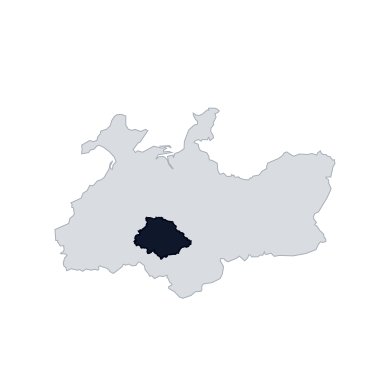 Poltava on a map of Ukraine (Albers equal-area conic projection), rotated 161°
{"feature_id": "UKR-330", "entity_name": "Poltava", "entity_type": "Region", "adm_level": 1, "iso_a3": "UKR", "parent_name": "Ukraine", "parent_adm1": "", "projection": "albers", "projection_center": [33.89, 49.646], "detail": "fine", "context": "in_parent", "style": "filled", "palette": "ink", "viewbox_px": 384, "rotation_deg": 161, "n_neighbors": 0, "source": "natural_earth", "source_scale": "10m", "svg_char_len": 8637}
<svg xmlns="http://www.w3.org/2000/svg" viewBox="0 0 384 384"><g transform="rotate(161 192 192)"><path d="M257.1,257.2L261.3,263.4L264.7,266.5L266.5,266.6L271.2,264.3L274.3,264.9L277.0,262.9L284.0,264.1L282.0,268.1L281.1,272.2L272.1,274.0L268.7,271.7L265.1,271.8L263.2,274.8L259.7,276.9L258.5,279.2L252.1,279.2L247.8,281.3L244.5,285.8L240.9,288.6L238.0,289.5L233.5,288.4L229.9,285.4L232.8,276.8L231.8,272.1L229.0,269.9L225.4,269.7L220.8,265.9L215.5,266.3L213.8,264.4L224.8,256.1L227.2,255.8L233.8,251.4L232.6,247.7L229.8,248.6L225.9,245.7L213.5,247.8L206.1,243.3L202.7,242.7L201.8,241.6L205.4,240.7L205.8,239.1L200.8,238.0L198.2,235.9L211.8,238.2L215.5,234.8L211.7,236.0L207.9,235.1L206.5,233.9L204.9,230.4L204.9,225.6L203.4,221.2L202.1,219.8L204.5,226.9L203.6,233.7L197.9,233.2L198.5,230.4L195.7,234.0L191.2,233.9L185.4,235.5L182.7,242.4L174.8,251.8L167.8,254.7L165.5,254.1L164.5,254.8L163.9,257.8L165.0,259.3L165.7,264.1L165.2,266.2L163.0,263.3L160.2,262.0L157.1,262.2L151.2,264.6L149.3,264.0L149.4,265.4L148.8,265.8L143.6,264.0L141.4,262.5L139.8,259.8L141.5,258.8L144.8,258.5L144.9,254.9L149.3,250.7L149.6,248.6L153.4,246.1L154.6,243.0L153.6,238.4L154.2,236.1L158.2,234.7L158.3,238.3L159.1,238.0L160.1,236.3L165.2,238.2L166.9,237.1L168.9,239.6L173.0,239.2L174.0,238.1L170.6,235.1L171.2,230.6L170.2,228.0L165.3,224.4L164.5,220.3L165.2,216.8L162.7,215.3L158.8,211.1L160.5,204.2L160.4,201.5L159.4,199.4L156.0,199.6L153.9,195.3L150.0,194.2L148.7,195.6L148.2,194.2L146.8,194.2L147.1,192.5L146.2,191.8L142.9,191.1L142.2,189.5L138.9,186.9L134.6,185.0L132.1,186.3L131.1,185.8L129.2,187.1L123.0,186.2L119.0,188.9L113.8,189.8L113.1,192.0L110.9,194.7L99.3,195.5L94.2,197.1L92.5,198.8L89.4,199.1L84.9,193.3L83.4,192.7L78.3,193.0L70.3,189.8L66.0,189.3L62.0,186.3L60.3,188.1L57.2,189.1L57.2,187.1L56.1,184.9L53.1,183.9L52.4,182.0L49.8,180.3L48.8,176.4L46.9,176.2L47.7,172.2L50.6,169.8L55.9,161.0L60.6,162.5L60.8,161.5L58.9,159.0L59.8,156.1L59.4,150.0L60.5,148.5L66.7,142.1L78.9,132.0L83.0,131.7L85.2,129.0L85.6,126.9L84.3,122.6L86.5,121.4L86.4,120.7L84.9,118.9L83.7,114.1L81.2,109.2L81.8,107.2L81.0,104.0L81.4,101.8L84.2,101.5L86.5,103.1L89.4,101.5L93.6,97.1L104.4,96.8L117.2,98.7L129.7,103.5L135.2,104.4L137.2,108.4L141.9,108.7L143.1,109.5L143.1,111.8L145.7,109.2L148.0,110.2L150.7,109.3L156.9,111.3L157.5,113.5L158.8,114.1L160.7,111.6L164.7,109.8L168.1,116.0L171.3,114.9L180.6,114.3L182.8,116.4L183.1,118.2L186.3,119.8L187.7,117.7L186.5,111.7L187.3,109.5L190.1,104.5L193.7,101.0L202.7,99.8L210.9,101.4L213.4,99.9L214.7,96.0L215.8,95.2L221.3,96.6L226.5,94.5L235.3,94.5L238.1,96.8L241.0,103.4L245.3,108.3L245.1,109.9L241.1,110.8L241.1,111.6L242.4,113.9L242.8,118.5L243.5,119.1L242.6,121.2L246.9,121.6L250.3,123.2L255.7,122.3L257.2,125.8L259.6,126.2L259.6,128.5L261.7,133.9L261.0,136.8L261.3,138.5L264.2,142.6L265.5,143.2L268.9,140.9L272.4,141.5L275.5,144.5L278.5,144.4L280.5,146.1L282.6,144.0L292.8,140.6L295.5,143.4L295.9,145.3L297.6,147.8L303.2,152.1L304.8,151.6L305.2,149.4L306.4,148.7L309.5,150.7L312.7,150.8L317.1,153.6L321.1,152.6L323.4,155.2L325.9,155.4L331.2,158.8L336.0,158.3L335.9,161.9L337.1,163.3L337.1,166.2L334.0,171.1L330.8,172.7L332.1,174.9L336.0,176.2L336.3,176.9L332.9,177.5L331.6,179.3L330.9,183.0L334.1,183.9L335.3,188.3L334.8,189.8L336.6,190.5L333.8,201.1L318.8,202.4L316.1,206.8L311.7,208.4L310.4,209.7L309.3,215.6L310.7,216.7L309.5,219.2L309.9,221.2L298.7,222.3L295.5,226.3L290.6,227.5L286.5,231.6L284.7,230.5L282.5,230.6L277.9,233.3L273.6,233.2L270.3,234.4L263.2,240.5L260.0,245.7L256.8,247.3L261.2,243.0L261.4,240.8L260.3,239.1L257.6,243.4L253.9,245.3L254.1,250.3L257.1,257.2ZM208.0,245.9L198.1,243.1L197.3,240.3L199.4,242.8L208.0,245.9Z" fill="#d9dde1" stroke="#a8b0b8" stroke-width="1"/><path d="M219.4,143.1L220.8,142.4L221.0,142.3L221.6,142.2L221.8,142.1L222.1,141.6L222.2,141.4L222.6,141.1L222.9,141.1L223.0,140.9L223.1,140.6L223.3,140.4L223.5,140.3L223.9,140.1L224.1,139.9L224.7,138.7L225.3,139.1L226.8,139.2L227.0,139.1L227.1,138.9L227.4,138.7L227.8,138.6L228.2,138.6L228.5,138.8L229.0,139.1L233.8,140.1L235.0,140.6L235.4,140.5L235.8,140.4L236.5,140.3L236.9,140.2L236.3,139.7L236.4,139.4L237.2,139.1L237.7,138.9L238.0,139.0L238.4,139.5L238.9,139.9L240.1,140.4L240.3,140.4L240.3,140.1L240.4,139.9L240.6,139.8L241.0,139.9L241.2,139.7L241.2,139.4L241.6,139.3L241.9,139.1L242.2,139.0L242.4,139.0L242.5,138.9L242.6,138.7L243.2,138.9L243.3,139.0L243.2,139.6L243.2,140.8L243.3,141.0L243.4,141.3L243.7,141.8L244.3,142.4L245.0,143.0L245.2,143.5L245.1,144.0L245.0,144.3L245.1,145.0L245.1,145.3L245.3,145.5L245.5,145.5L245.6,145.3L245.8,145.2L246.0,145.3L246.2,145.8L246.4,146.0L246.5,146.3L247.1,146.8L247.2,147.0L247.3,147.1L247.3,147.3L247.3,147.5L247.2,147.7L247.0,147.9L246.7,147.9L246.6,148.0L246.5,148.4L246.5,148.5L246.8,148.9L246.8,149.0L246.8,149.3L247.2,149.0L247.8,148.9L249.3,149.1L249.9,149.1L250.0,149.0L250.1,148.9L250.2,148.4L250.3,148.3L250.4,148.2L250.5,148.2L250.9,148.5L251.0,148.5L251.3,148.4L251.7,148.1L252.1,148.0L253.6,148.3L253.8,148.6L253.8,150.0L253.7,150.5L252.9,151.4L252.6,151.9L252.9,152.6L253.0,153.3L253.1,153.5L253.4,153.9L253.5,154.0L253.9,154.2L254.1,154.4L254.4,154.5L254.6,154.6L255.3,154.6L255.5,154.7L255.8,155.1L256.8,155.6L257.1,155.6L257.4,155.4L257.5,155.4L257.8,155.5L258.1,155.7L258.2,155.9L258.3,156.3L258.2,157.0L258.2,157.3L258.4,157.8L258.4,158.0L258.5,158.2L258.9,158.4L258.9,158.5L259.0,158.6L259.0,159.0L259.6,159.2L259.7,159.3L259.7,159.5L259.8,159.6L260.7,159.9L260.9,159.9L261.0,159.9L261.1,159.6L261.2,159.4L261.8,159.4L262.0,159.5L262.0,160.0L261.8,160.2L261.8,160.3L261.9,160.6L262.7,162.0L262.8,162.3L262.8,162.5L262.7,162.6L262.4,162.7L261.6,162.7L261.5,162.8L261.6,163.0L261.9,163.2L262.2,163.5L262.5,163.7L262.7,163.8L262.8,164.0L262.7,164.1L262.3,164.2L262.1,164.5L261.1,164.3L260.9,164.3L260.4,164.4L260.3,164.7L260.3,165.0L260.5,165.5L260.9,165.8L261.0,166.0L260.9,166.1L261.1,166.5L260.7,167.2L260.3,167.9L259.8,168.5L259.6,168.7L258.7,169.1L258.4,169.2L256.8,169.1L256.5,169.0L256.4,168.8L256.2,168.6L255.9,168.5L254.9,169.5L254.7,170.0L254.6,170.3L254.7,170.5L255.0,171.1L255.2,171.8L255.3,172.0L255.2,172.2L255.2,172.4L254.7,172.1L254.2,171.9L254.0,172.0L253.9,172.2L253.8,172.6L253.7,172.8L253.3,172.9L253.1,172.8L253.1,172.7L253.4,172.4L253.3,172.2L252.8,172.0L252.7,172.0L252.4,172.2L252.0,172.2L251.6,172.3L251.3,172.7L251.0,172.9L249.7,173.3L249.2,173.4L246.3,174.7L246.1,174.6L245.9,174.6L245.9,175.1L245.9,175.3L245.7,175.6L245.4,175.8L245.0,176.1L244.9,176.3L245.0,176.5L245.3,176.6L245.1,176.8L244.9,176.9L244.6,177.0L244.4,177.2L244.2,177.4L244.0,178.1L243.9,178.4L243.8,178.6L243.8,178.9L243.8,179.2L244.4,179.8L244.5,180.0L244.5,180.4L244.4,180.6L244.2,180.7L243.9,181.1L243.8,181.4L243.9,181.5L244.2,181.8L244.0,182.1L243.7,182.4L243.2,182.7L242.5,182.1L242.0,181.8L241.2,181.7L240.9,181.6L240.5,181.2L240.2,181.3L240.0,181.2L238.2,180.0L238.1,179.8L237.8,179.3L237.7,179.2L237.4,179.0L237.1,179.0L236.6,179.0L236.3,178.9L235.8,178.4L235.3,178.5L235.2,178.7L234.7,178.7L234.5,178.8L234.4,179.0L234.3,179.5L234.2,179.6L234.0,179.3L233.8,179.0L233.5,178.7L232.9,178.4L232.7,178.4L232.5,178.8L232.3,178.9L232.1,178.9L231.9,178.7L231.7,178.6L231.0,178.3L230.6,177.9L230.1,177.7L229.9,177.6L229.7,177.6L229.6,177.9L229.5,178.0L229.4,178.0L229.2,177.7L228.9,177.5L228.5,177.0L228.2,176.7L228.3,176.4L228.4,175.9L228.7,175.8L228.9,175.7L228.8,175.4L228.3,175.2L228.2,175.1L228.2,174.9L226.6,174.7L226.4,174.6L226.2,174.3L226.1,174.0L225.7,173.4L224.0,172.0L220.0,170.0L220.1,168.8L220.1,168.4L220.0,168.2L219.4,166.4L218.6,165.3L218.4,165.1L218.3,164.8L218.3,164.7L218.9,163.5L219.1,163.3L219.4,163.1L219.5,163.0L219.6,162.8L219.6,162.4L219.5,161.8L219.4,161.6L219.0,161.3L218.9,161.2L218.8,160.9L218.7,160.2L218.6,159.9L216.9,159.2L216.7,159.0L216.6,158.8L216.7,158.2L216.7,157.8L216.6,157.5L216.1,157.1L215.9,157.1L215.7,157.2L215.4,156.8L215.1,156.5L214.7,156.6L214.2,156.1L213.6,155.1L213.5,154.7L213.7,154.4L214.0,154.5L214.2,154.4L214.2,154.2L214.2,153.7L214.4,152.9L214.4,152.6L214.3,152.4L213.8,152.1L213.0,150.5L212.9,150.4L212.6,150.5L212.1,150.3L211.9,150.2L211.5,149.0L211.5,148.8L212.1,148.6L212.2,148.4L212.2,148.1L212.2,147.9L211.9,147.7L211.4,148.1L211.2,148.0L210.9,147.6L210.7,147.5L210.4,147.4L210.1,147.2L210.0,146.8L209.7,146.3L209.6,146.1L209.5,145.8L209.1,145.8L209.5,145.1L209.5,144.6L209.8,144.2L210.2,143.1L211.2,143.1L211.4,143.3L211.7,143.2L211.8,143.1L212.0,142.9L212.3,142.4L212.5,142.2L213.5,141.7L213.9,141.7L214.1,141.8L214.4,142.1L214.5,142.1L215.0,141.8L215.3,141.8L215.5,141.8L215.8,142.5L216.3,142.8L217.9,142.9L218.5,142.8L218.8,143.0L219.4,143.1Z" fill="#0f172a" stroke="#020617" stroke-width="1.5"/></g></svg>